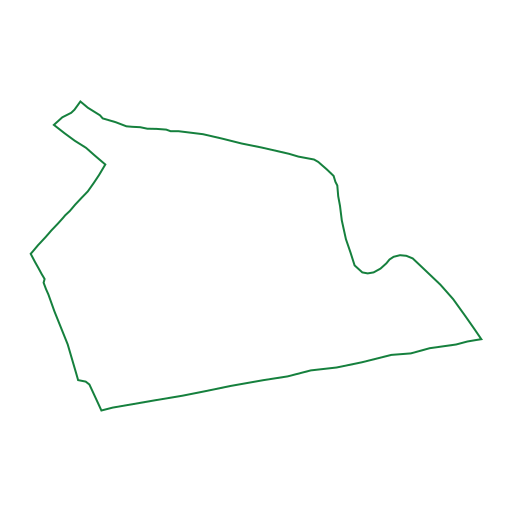 Abu Al-Khaseeb, Al-Basrah, Iraq
{"feature_id": "34846034B47596068894282", "entity_name": "Abu Al-Khaseeb", "entity_type": "district", "adm_level": 2, "iso_a3": "IRQ", "parent_name": "Iraq", "parent_adm1": "Al-Basrah", "projection": "robinson", "projection_center": [48.016, 30.336], "detail": "fine", "context": "isolated", "style": "outline", "palette": "green", "viewbox_px": 512, "rotation_deg": 0, "n_neighbors": 0, "source": "geoboundaries", "source_scale": "gbopen_adm2", "svg_char_len": 1347}
<svg xmlns="http://www.w3.org/2000/svg" viewBox="0 0 512 512"><path d="M314.0,159.5L298.4,156.6L289.0,153.8L261.5,147.5L241.6,143.5L224.1,139.1L222.1,138.6L203.0,134.2L178.5,131.2L170.6,131.2L166.2,129.6L156.7,128.9L147.3,128.7L140.2,127.2L132.2,126.8L126.4,126.3L115.7,122.2L102.7,118.4L100.0,115.3L87.8,107.7L80.4,101.5L74.4,109.8L71.2,112.8L62.3,117.3L55.1,123.8L53.9,124.9L64.5,133.2L74.7,140.7L86.0,147.8L94.5,155.3L105.3,164.5L99.0,175.1L93.8,182.9L87.8,191.4L81.5,197.9L75.3,204.5L69.7,211.1L65.2,215.3L63.2,217.7L58.0,223.5L51.4,230.4L45.5,237.2L38.1,245.1L32.3,252.0L30.7,253.8L34.9,261.8L38.5,268.2L41.8,274.3L43.2,276.6L44.6,279.0L43.6,282.7L46.0,289.1L48.4,294.5L54.4,311.3L67.7,344.4L76.2,373.4L78.1,380.1L85.7,381.6L89.4,384.5L96.3,399.4L101.4,410.5L112.7,407.6L156.1,400.1L182.5,395.7L205.2,391.2L230.3,386.0L263.7,380.1L287.6,376.4L310.8,370.4L336.6,367.5L361.8,362.3L391.3,354.9L410.8,353.4L429.7,348.2L456.1,344.5L467.4,341.5L476.2,340.0L481.3,339.2L474.5,329.2L465.9,316.9L453.2,299.2L440.4,284.7L421.8,267.0L412.7,258.4L406.3,255.8L400.0,255.2L393.6,256.8L389.5,259.5L386.4,263.3L380.5,268.6L373.6,272.4L367.7,273.4L362.3,272.4L354.6,265.4L350.5,252.5L345.9,239.1L341.8,220.4L340.0,205.9L338.2,196.2L337.3,185.5L335.4,181.8L333.6,175.9L326.8,169.4L318.2,161.9L314.0,159.5Z" fill="none" stroke="#15803d" stroke-width="2"/></svg>